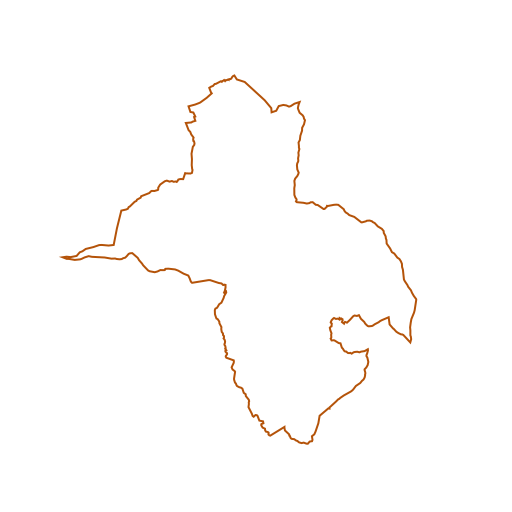 Panaci, Suceava, Romania, rotated 24°
{"feature_id": "2599482B10170445838699", "entity_name": "Panaci", "entity_type": "district", "adm_level": 2, "iso_a3": "ROU", "parent_name": "Romania", "parent_adm1": "Suceava", "projection": "orthographic", "projection_center": [25.439, 47.202], "detail": "fine", "context": "isolated", "style": "outline", "palette": "amber", "viewbox_px": 512, "rotation_deg": 24, "n_neighbors": 0, "source": "geoboundaries", "source_scale": "gbopen_adm2", "svg_char_len": 6139}
<svg xmlns="http://www.w3.org/2000/svg" viewBox="0 0 512 512"><g transform="rotate(24 256 256)"><path d="M342.1,414.3L351.5,400.6L351.9,401.5L353.4,403.6L358.9,405.5L359.5,406.6L360.3,406.7L361.3,407.9L362.2,408.4L363.1,408.5L365.4,407.8L367.9,408.3L369.1,408.1L370.8,408.7L371.4,408.7L373.7,408.4L375.5,407.1L378.5,406.9L379.7,406.4L380.5,403.7L382.5,402.4L382.4,401.0L380.4,397.9L381.8,395.2L381.8,392.2L381.0,383.5L379.1,376.1L384.0,365.9L385.2,365.5L384.7,364.6L388.3,356.4L389.4,353.5L390.2,352.6L390.6,351.5L393.0,347.6L397.8,341.2L398.6,339.7L399.1,338.4L400.1,334.1L402.9,329.6L403.6,326.9L404.4,325.3L404.6,323.9L404.6,322.4L404.2,320.6L403.9,320.1L403.7,318.9L403.1,317.8L401.5,315.9L401.3,315.3L402.1,313.0L402.4,310.3L401.7,307.1L399.1,303.6L397.6,302.5L397.2,301.5L397.2,300.0L396.7,296.7L396.1,295.7L393.9,298.7L390.8,300.7L389.7,301.9L387.4,302.3L385.3,303.5L384.3,304.3L383.1,306.3L381.6,306.1L380.5,306.9L379.3,307.2L377.3,306.6L376.2,307.0L375.0,306.7L373.0,305.3L371.7,304.8L368.7,301.4L367.0,301.9L362.0,301.2L361.2,301.4L359.4,302.4L357.8,301.1L358.0,300.3L357.9,299.7L356.7,297.4L356.4,295.9L354.1,293.6L352.6,291.5L353.2,289.8L353.6,289.5L352.7,286.9L351.3,286.4L351.2,286.1L351.2,283.9L352.0,281.7L352.5,280.9L354.6,281.0L356.3,279.9L358.1,280.1L357.7,278.7L359.1,278.9L359.3,278.4L360.7,278.6L360.8,279.1L361.3,279.4L361.4,281.4L363.9,282.0L363.8,281.0L364.1,280.0L366.2,279.9L367.8,276.1L369.3,271.5L370.2,270.3L372.6,269.7L374.1,268.2L377.4,270.7L381.7,272.2L383.2,273.3L385.2,274.1L386.5,274.5L387.6,274.4L390.4,272.8L391.1,272.0L392.2,270.1L395.0,266.6L395.7,265.2L396.9,263.6L402.1,258.0L405.9,264.2L410.8,266.5L411.3,266.5L415.0,268.1L417.5,268.5L420.5,268.6L421.4,268.2L422.7,268.2L432.1,272.2L431.6,268.9L430.2,266.6L429.3,265.7L427.3,261.2L425.8,258.5L424.5,254.1L423.6,250.4L423.4,243.5L423.0,241.0L420.2,230.8L419.8,230.2L416.4,228.3L413.4,226.1L411.5,224.3L407.5,222.2L406.2,221.0L402.2,218.5L400.7,217.3L395.8,208.8L393.9,206.6L392.5,203.8L390.5,201.9L388.2,200.4L385.8,200.0L381.3,197.5L378.6,197.2L375.5,194.6L370.3,191.5L368.6,188.2L367.6,187.3L366.4,185.3L363.3,182.9L362.5,181.3L359.9,180.0L355.2,179.4L351.0,177.6L348.8,177.5L347.8,177.1L345.4,177.4L342.9,178.7L342.3,179.6L339.1,182.2L338.5,182.4L329.9,180.3L324.5,180.7L322.5,180.0L320.2,179.7L318.3,178.7L317.2,177.6L310.4,175.8L308.5,176.4L306.3,177.6L301.3,181.1L300.5,181.3L300.7,182.1L299.5,185.1L298.6,185.6L291.6,184.3L289.8,184.9L285.9,183.8L284.1,184.7L283.2,186.0L281.1,187.4L277.7,188.1L271.5,190.2L270.4,190.3L270.3,190.6L270.3,188.2L269.5,187.3L268.3,186.7L266.2,184.6L263.4,178.5L262.6,175.5L260.5,171.8L260.3,169.3L261.2,166.1L261.3,164.0L261.1,162.5L258.5,160.1L256.5,156.5L256.0,154.6L256.1,152.6L255.9,151.8L254.7,149.6L254.0,146.6L252.7,144.4L252.1,140.6L251.2,139.7L250.4,137.9L248.7,135.0L248.9,132.2L247.6,128.1L247.1,122.8L246.0,120.1L246.3,116.2L245.5,112.0L244.0,111.0L242.9,109.5L241.4,108.5L237.6,107.4L235.1,105.0L234.1,103.9L233.4,100.7L233.2,97.6L229.2,101.2L226.7,105.0L225.4,106.1L222.5,106.1L219.5,106.9L215.8,109.8L215.4,115.1L211.8,118.4L209.8,114.7L200.6,110.2L174.9,101.6L166.7,102.5L162.8,99.9L161.8,101.1L161.4,102.4L161.3,103.9L160.7,104.8L159.9,105.1L159.1,105.8L159.3,106.2L158.6,106.2L157.8,107.3L157.0,107.5L156.6,108.8L155.3,108.2L154.5,109.6L154.0,109.9L153.9,110.8L152.7,110.8L149.4,115.0L148.3,115.7L147.5,118.2L146.2,119.4L144.9,121.4L148.3,124.8L149.4,125.4L146.6,131.6L142.6,138.5L141.6,139.6L138.8,142.4L133.5,146.7L137.5,151.1L140.4,150.4L143.8,153.3L142.9,154.2L145.6,157.2L143.5,159.0L142.6,160.3L137.8,163.0L143.3,168.5L145.4,169.3L147.4,171.3L150.8,173.2L151.0,174.7L152.0,176.4L152.7,176.4L154.0,178.1L154.4,179.6L153.9,182.0L155.5,188.8L158.1,193.6L160.3,199.1L162.3,202.5L163.0,203.2L163.7,206.1L162.6,207.3L158.4,209.0L157.6,209.1L158.2,215.4L155.5,216.5L154.0,217.7L153.7,220.1L153.4,220.6L152.5,220.5L150.6,221.7L148.7,221.7L146.8,223.2L143.9,223.4L142.3,224.8L139.4,229.7L138.9,233.3L139.6,235.0L139.5,235.6L136.8,237.9L134.2,239.0L133.7,239.7L132.9,241.9L126.8,248.1L126.9,249.6L124.4,252.9L124.3,254.4L123.1,255.8L120.6,262.1L119.8,263.1L119.7,265.0L118.5,266.3L114.5,269.3L117.7,287.3L121.5,303.8L117.1,306.4L110.7,308.6L108.3,309.8L103.8,314.0L97.6,318.8L95.5,322.3L93.5,324.3L92.1,328.9L87.1,332.4L83.2,333.7L79.9,335.8L84.2,335.6L86.4,334.7L92.0,333.3L96.7,330.6L97.9,329.5L100.0,327.0L103.2,324.2L106.4,323.5L118.4,318.9L125.1,317.2L128.3,315.6L129.9,315.4L132.7,314.5L134.6,313.4L135.5,312.1L137.2,310.7L138.0,308.7L138.8,305.9L139.8,304.8L141.8,303.7L148.7,305.8L150.9,307.4L155.0,309.3L156.7,310.4L163.3,313.1L165.0,313.2L170.1,312.0L172.3,310.2L174.3,307.8L178.0,306.2L178.5,305.6L178.3,304.9L178.6,304.5L181.2,303.2L187.5,301.2L190.9,301.0L197.1,301.6L202.1,301.4L204.6,303.5L206.4,305.4L207.5,306.2L208.5,306.5L222.5,297.3L224.0,296.7L233.0,295.8L235.7,295.1L237.8,295.9L238.3,295.6L238.6,295.1L239.9,294.8L241.0,297.2L241.7,300.6L241.7,302.5L242.3,302.7L242.8,302.4L242.6,300.8L242.9,300.4L243.6,301.3L243.6,301.9L243.2,305.5L243.5,307.6L243.4,312.7L242.0,315.0L241.5,319.1L240.3,320.6L240.4,322.2L242.2,325.9L244.2,328.1L245.3,329.2L246.7,329.3L248.0,330.1L249.2,330.9L249.9,332.3L253.3,335.0L254.0,336.9L255.6,339.3L257.3,340.2L258.1,341.7L259.3,342.2L259.9,343.5L259.9,344.5L261.3,345.2L262.5,346.6L263.0,348.2L263.0,349.4L263.5,350.1L264.6,350.8L265.5,352.1L265.5,353.1L266.0,353.5L266.4,353.5L266.6,354.4L267.0,354.4L266.6,355.1L266.7,355.4L267.2,355.9L268.3,356.4L268.6,356.3L269.3,356.9L269.5,357.7L269.1,359.5L269.3,360.3L270.3,361.0L278.1,360.4L278.7,361.4L279.1,362.7L279.0,367.6L280.7,369.2L283.3,369.8L284.0,370.3L285.8,376.9L286.3,377.9L288.3,380.2L289.4,380.6L290.9,382.1L291.6,382.5L294.0,382.7L295.9,382.4L297.5,382.7L300.5,386.0L302.8,386.5L303.7,388.1L307.8,390.2L308.8,391.4L308.9,392.6L309.7,394.1L310.6,397.1L316.4,401.8L318.0,403.5L319.2,403.8L320.2,401.5L321.5,401.1L322.4,401.4L326.0,405.0L329.7,404.2L330.8,405.8L329.3,407.3L329.5,408.3L330.4,409.1L331.9,410.1L334.4,410.1L335.4,411.7L336.6,412.4L338.3,412.0L339.3,412.2L339.6,412.6L339.7,413.6L340.2,414.1L341.1,414.4L342.1,414.3Z" fill="none" stroke="#b45309" stroke-width="2"/></g></svg>